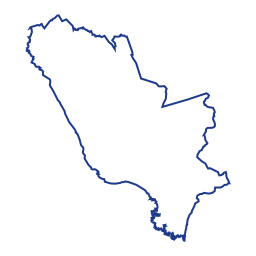 the district of Hå nor, Rogaland, Norway
{"feature_id": "86288312B80331552977224", "entity_name": "Hå nor", "entity_type": "district", "adm_level": 2, "iso_a3": "NOR", "parent_name": "Norway", "parent_adm1": "Rogaland", "projection": "orthographic", "projection_center": [5.745, 58.591], "detail": "fine", "context": "isolated", "style": "outline", "palette": "blue", "viewbox_px": 256, "rotation_deg": 0, "n_neighbors": 0, "source": "geoboundaries", "source_scale": "gbopen_adm2", "svg_char_len": 5789}
<svg xmlns="http://www.w3.org/2000/svg" viewBox="0 0 256 256"><path d="M66.3,19.4L62.1,21.2L58.7,15.4L57.1,15.7L55.0,17.9L52.3,19.4L52.0,20.3L51.0,20.2L49.4,21.7L44.4,28.3L42.5,25.9L41.7,24.0L40.8,24.3L39.6,25.5L37.8,25.0L29.7,27.5L30.4,27.6L30.0,28.2L30.7,27.9L31.3,28.6L31.8,30.5L31.9,32.2L30.4,36.3L29.8,37.1L28.6,37.2L30.0,39.4L30.0,40.6L29.6,40.8L29.7,42.2L27.8,43.1L27.7,44.8L28.5,45.9L28.5,46.6L28.2,47.3L27.2,48.0L27.5,48.2L27.2,48.6L27.3,49.4L26.7,50.1L26.7,50.8L27.4,51.5L27.3,51.3L27.7,50.5L29.1,50.6L29.4,51.5L28.5,51.7L29.1,52.2L28.8,52.8L30.6,54.2L30.9,55.5L31.3,56.0L33.5,56.8L32.9,58.3L33.6,58.7L33.5,59.0L32.9,59.5L32.9,60.0L31.9,61.5L31.6,62.5L34.5,63.8L35.1,64.6L35.1,65.4L36.2,66.8L39.0,66.7L39.8,67.5L39.5,68.3L40.2,67.7L40.5,67.9L39.8,68.6L39.3,68.3L39.3,69.1L39.9,69.7L41.6,70.0L43.1,71.5L42.9,72.9L43.1,75.2L49.6,79.2L50.1,79.9L50.3,82.2L49.8,85.1L50.3,86.1L53.7,91.8L57.8,100.1L59.5,101.8L60.4,103.9L64.4,110.8L65.3,114.0L69.1,122.0L74.7,129.3L75.9,131.8L75.6,132.3L76.4,131.6L75.8,132.5L77.3,133.9L77.9,135.0L79.7,139.8L80.8,144.2L81.5,145.8L83.2,147.5L83.4,149.0L83.2,150.9L82.8,152.2L83.3,153.5L84.9,155.3L85.0,156.0L84.6,157.3L84.9,159.0L88.5,164.9L91.2,167.6L91.4,168.9L92.9,169.5L94.6,169.2L95.7,169.6L98.2,171.4L98.4,172.0L98.0,172.0L98.3,173.3L97.6,173.7L98.1,174.0L97.5,174.1L97.3,173.5L97.2,174.0L98.0,174.5L98.5,175.6L98.4,176.0L99.5,177.5L102.7,179.0L104.0,179.0L104.5,179.9L104.8,181.7L110.4,183.4L115.2,183.7L120.3,182.9L122.0,182.1L123.8,182.1L125.1,181.5L128.1,181.9L136.3,184.8L144.6,189.9L146.0,191.3L146.9,193.1L148.0,193.3L148.3,194.0L148.9,194.3L149.5,196.6L150.5,197.2L150.3,198.0L150.8,197.9L150.8,198.4L151.3,198.0L150.8,198.7L151.5,198.3L150.9,198.8L152.0,198.6L151.5,199.0L151.5,199.4L150.8,199.6L151.6,199.7L152.7,198.4L152.4,199.0L153.3,198.9L152.9,199.1L152.8,199.6L153.3,199.2L153.7,199.5L152.9,199.9L152.8,200.3L153.6,200.1L153.9,199.5L154.3,200.0L154.7,199.6L154.4,199.4L154.9,199.4L154.9,199.8L154.4,200.4L155.6,200.9L155.8,201.8L156.3,202.0L155.8,202.8L156.1,202.8L156.8,204.0L157.4,205.7L157.5,207.5L157.2,208.3L156.7,208.7L155.5,208.7L156.3,210.0L157.1,210.3L157.0,210.8L154.2,210.3L153.9,210.7L154.9,211.0L153.8,211.2L154.4,211.6L154.8,213.0L155.9,213.2L155.8,213.8L156.3,213.4L158.6,214.5L159.7,214.3L159.5,215.6L156.9,215.1L156.7,215.3L157.2,215.8L156.3,215.8L156.4,215.3L156.0,214.8L155.1,214.5L155.4,214.4L154.7,213.6L153.1,213.6L153.0,214.2L152.6,214.2L152.1,212.3L152.3,211.2L151.7,211.1L151.6,212.1L152.4,215.2L153.9,216.4L153.7,217.3L154.8,218.3L152.1,217.5L151.8,217.7L153.0,218.4L153.0,218.7L152.5,218.8L152.6,219.9L151.5,219.6L151.5,221.3L152.0,221.9L153.4,222.8L154.5,222.6L155.2,223.1L155.4,223.6L154.9,224.2L154.9,224.7L155.2,225.5L154.7,225.2L154.4,227.4L155.5,227.6L155.8,227.7L155.6,228.2L156.4,228.3L156.3,228.8L157.9,228.3L157.6,229.6L158.6,229.9L158.6,229.1L160.1,229.2L160.1,228.7L161.2,228.5L161.1,229.5L161.9,229.6L162.4,231.1L163.1,231.2L163.7,230.9L163.8,228.3L164.2,227.0L163.6,225.2L164.8,225.0L164.4,225.5L164.5,225.8L165.5,226.2L164.4,226.7L164.3,228.0L164.5,228.1L164.6,229.1L164.1,230.6L164.6,230.6L164.5,230.3L165.6,230.6L165.5,231.1L164.7,231.1L165.2,231.8L164.7,231.8L164.6,233.6L165.7,233.1L165.6,234.3L167.3,234.5L167.3,235.1L169.1,235.5L169.1,234.3L167.5,234.4L167.4,233.7L168.2,233.7L168.5,232.5L169.2,232.5L168.9,234.0L169.4,234.0L169.4,233.3L171.7,233.8L172.2,233.4L172.2,233.9L173.0,233.7L172.7,235.7L173.8,237.8L172.3,237.2L172.3,236.7L171.8,236.7L171.9,235.7L171.4,235.9L171.2,237.1L171.3,237.7L171.9,237.7L172.1,238.2L172.0,238.7L174.0,239.5L174.4,236.5L175.8,238.0L176.7,236.9L176.6,236.1L177.4,236.2L177.8,234.4L177.9,235.5L178.3,235.5L179.0,237.1L180.4,236.7L180.8,235.5L182.4,236.2L183.0,235.7L183.4,236.3L183.5,235.4L184.0,236.7L183.0,237.2L183.2,238.3L183.3,238.4L183.1,238.7L183.4,238.9L183.7,240.4L184.5,240.6L184.6,237.9L185.1,235.9L184.7,234.5L185.1,233.5L185.6,230.3L186.3,228.1L186.3,226.0L187.1,224.6L186.9,224.5L187.7,219.4L189.6,214.7L191.8,212.4L191.7,211.4L194.2,206.4L195.3,203.3L198.6,201.4L198.4,199.5L196.8,198.2L197.4,195.6L200.1,194.0L201.9,194.0L203.9,192.9L209.4,193.6L212.8,192.6L214.7,191.0L215.1,187.5L220.5,187.5L222.4,186.6L224.5,185.0L226.7,184.7L228.6,183.1L229.3,183.2L228.9,182.3L228.6,181.0L226.9,178.0L226.3,175.8L226.3,174.0L225.7,172.0L223.3,173.2L223.1,174.1L222.2,174.3L221.7,175.0L219.3,175.4L218.6,174.0L218.3,172.4L217.8,172.0L210.1,168.2L208.2,168.6L206.7,166.4L206.2,164.7L205.1,163.3L202.2,161.6L197.2,157.2L197.5,154.8L199.6,151.1L201.8,150.0L202.2,148.8L203.2,147.4L203.2,146.8L203.5,146.4L204.6,146.2L205.3,144.9L206.7,144.2L207.4,143.1L205.5,140.3L204.3,134.7L204.0,134.8L206.0,131.2L206.2,129.0L207.5,127.9L212.4,127.8L214.1,127.0L214.9,125.9L214.9,124.0L214.6,122.6L213.0,119.0L213.5,116.4L214.0,116.3L213.8,116.0L214.1,115.2L213.8,113.6L214.8,112.2L214.5,110.9L213.0,107.8L208.3,107.1L206.6,106.2L205.4,104.8L204.6,104.9L203.8,102.0L205.1,100.5L205.6,99.0L208.1,97.6L208.9,95.3L208.2,94.5L206.4,93.3L186.8,99.8L162.4,106.9L163.5,103.3L165.8,98.8L166.3,93.1L165.8,92.5L165.7,91.7L166.6,88.7L164.3,86.1L159.7,86.5L158.6,86.1L156.3,83.4L144.8,79.7L144.7,78.8L144.4,79.6L141.1,78.6L136.1,63.0L133.0,58.3L131.4,55.0L132.7,54.7L132.1,51.4L126.8,36.5L125.4,36.5L124.1,35.5L123.5,35.8L121.3,35.4L121.3,34.7L120.8,34.6L119.9,35.7L119.9,36.3L118.3,36.7L114.4,36.5L114.1,38.0L112.4,39.9L112.3,40.4L114.8,42.8L115.6,46.2L114.6,47.0L114.7,49.0L111.7,44.2L108.9,42.1L104.5,35.8L101.6,37.2L99.4,35.6L98.8,36.3L97.2,35.8L96.0,36.6L95.2,36.2L94.9,35.1L94.3,34.6L92.7,34.8L92.8,34.4L91.8,33.0L91.2,31.1L89.6,32.0L89.3,31.3L87.6,30.9L87.5,30.3L85.8,29.8L84.4,28.7L83.1,28.6L83.4,27.9L83.2,27.4L79.4,28.6L78.7,28.5L78.0,29.0L77.8,30.1L75.7,29.9L75.5,29.0L74.4,28.5L73.5,29.9L72.8,26.1L66.3,19.4Z" fill="none" stroke="#1e3a8a" stroke-width="2"/></svg>